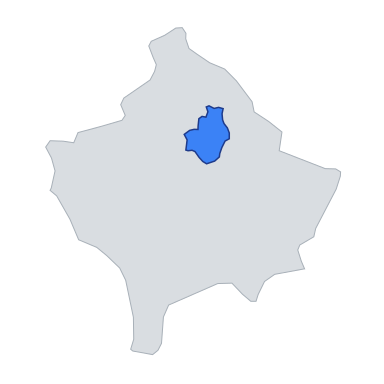 where Vučitrn sits in Kosovo, rotated 2°
{"feature_id": "KOS-5895", "entity_name": "Vučitrn", "entity_type": "District", "adm_level": 1, "iso_a3": "XKX", "parent_name": "Kosovo", "parent_adm1": "", "projection": "mercator", "projection_center": [20.969, 42.808], "detail": "fine", "context": "in_parent", "style": "filled", "palette": "blue", "viewbox_px": 384, "rotation_deg": 2, "n_neighbors": 0, "source": "natural_earth", "source_scale": "10m", "svg_char_len": 1483}
<svg xmlns="http://www.w3.org/2000/svg" viewBox="0 0 384 384"><g transform="rotate(2 192 192)"><path d="M98.2,129.8L119.5,122.8L122.6,117.8L117.7,107.2L120.6,100.5L146.2,81.5L150.4,72.8L151.9,66.0L148.5,58.9L143.7,47.6L146.0,42.8L159.3,36.3L170.1,28.7L176.5,28.1L180.4,33.6L180.4,39.2L184.0,48.7L191.9,53.9L205.1,62.2L220.4,68.0L232.5,79.4L248.9,99.7L251.3,109.8L266.1,118.8L279.8,128.9L277.7,147.7L324.3,164.0L334.8,163.9L339.8,166.7L339.7,171.0L336.0,184.1L316.9,224.1L315.3,232.5L301.6,241.2L299.7,246.2L303.6,257.2L307.2,264.9L306.9,264.9L277.5,271.4L267.6,278.9L261.7,292.1L259.8,299.0L254.6,299.2L246.0,292.4L235.1,281.7L220.9,282.6L172.6,305.8L167.8,317.9L166.8,344.3L163.5,351.4L158.3,355.9L138.4,353.0L136.2,351.3L138.9,341.2L137.8,319.2L128.8,282.5L122.4,270.5L109.1,258.6L98.8,250.7L80.4,243.7L71.0,223.5L56.9,200.6L50.1,195.3L51.2,193.0L54.4,175.7L50.4,163.0L44.2,152.2L48.4,145.7L61.4,145.7L72.1,146.9L76.0,136.6L98.2,129.8Z" fill="#d9dde1" stroke="#a8b0b8" stroke-width="1"/><path d="M206.0,105.3L211.2,107.7L215.6,106.5L220.2,107.6L219.3,112.8L220.1,118.9L221.6,122.5L225.1,126.7L227.2,131.7L227.4,137.5L223.3,139.9L220.3,146.5L218.4,152.6L218.1,156.0L213.6,160.3L205.6,163.3L201.7,161.1L197.9,157.2L193.6,151.5L190.6,150.3L186.6,150.9L184.4,150.3L184.9,144.9L185.3,140.1L182.2,134.7L187.5,130.5L191.9,129.3L195.8,129.3L195.8,125.7L196.3,118.5L199.4,116.1L203.3,116.7L205.1,111.3L203.3,106.5L206.0,105.3Z" fill="#3b82f6" stroke="#1e3a8a" stroke-width="1.5"/></g></svg>